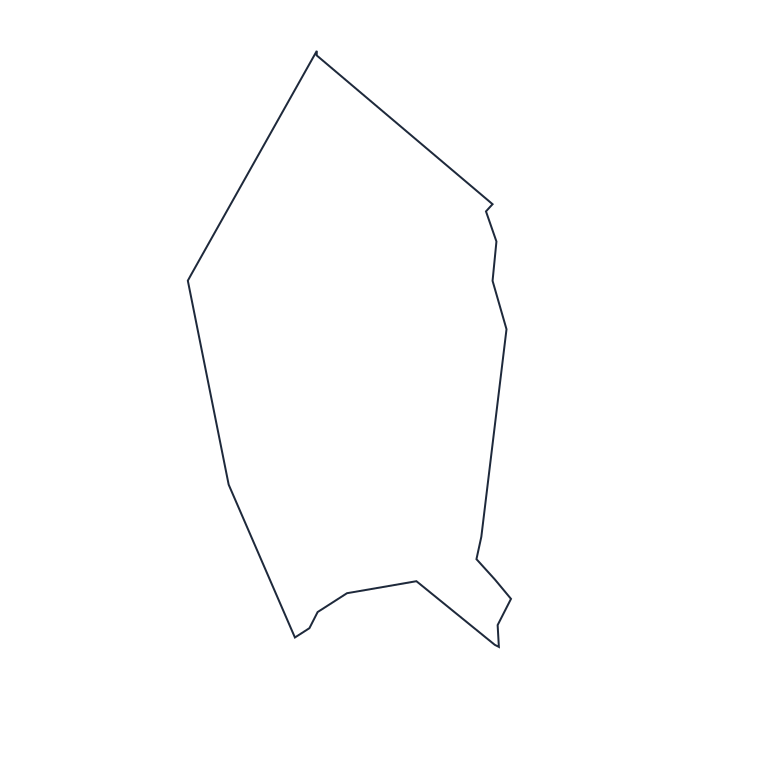 the district of La Dauphine Estate, Soufrière, Saint Lucia, rotated 297°
{"feature_id": "8701671B47910558118739", "entity_name": "La Dauphine Estate", "entity_type": "district", "adm_level": 2, "iso_a3": "LCA", "parent_name": "Saint Lucia", "parent_adm1": "Soufrière", "projection": "natural_earth1", "projection_center": [-61.043, 13.822], "detail": "fine", "context": "isolated", "style": "outline", "palette": "slate", "viewbox_px": 768, "rotation_deg": 297, "n_neighbors": 0, "source": "geoboundaries", "source_scale": "gbopen_adm2", "svg_char_len": 454}
<svg xmlns="http://www.w3.org/2000/svg" viewBox="0 0 768 768"><g transform="rotate(297 384 384)"><path d="M593.5,399.1L646.2,174.9L650.3,172.9L393.5,162.5L387.0,162.3L223.8,291.3L117.7,419.7L132.6,428.4L150.7,428.4L180.8,446.0L223.0,502.4L201.9,601.1L201.9,605.7L220.8,594.7L250.2,594.7L260.1,571.7L269.9,545.9L292.0,540.1L488.4,468.3L525.2,433.9L562.0,419.5L584.1,396.5L590.3,398.2L593.5,399.1Z" fill="none" stroke="#1e293b" stroke-width="2"/></g></svg>